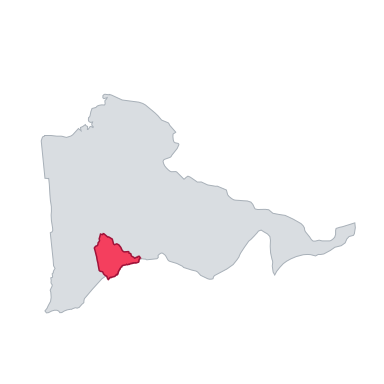 Kadei, Est, Cameroon shown in context, rotated 84°
{"feature_id": "32672807B29047919086815", "entity_name": "Kadei", "entity_type": "district", "adm_level": 2, "iso_a3": "CMR", "parent_name": "Cameroon", "parent_adm1": "Est", "projection": "orthographic", "projection_center": [14.712, 4.477], "detail": "fine", "context": "in_parent", "style": "filled", "palette": "rose", "viewbox_px": 384, "rotation_deg": 84, "n_neighbors": 0, "source": "geoboundaries", "source_scale": "gbopen_adm2", "svg_char_len": 6718}
<svg xmlns="http://www.w3.org/2000/svg" viewBox="0 0 384 384"><g transform="rotate(84 192 192)"><path d="M86.3,264.1L87.2,261.9L93.2,251.8L97.1,235.5L98.8,231.7L100.6,229.2L109.4,220.6L112.6,217.9L117.3,214.7L120.7,208.4L121.8,207.7L123.3,207.2L130.8,201.9L131.5,202.9L132.0,204.2L132.5,204.8L134.9,205.2L138.2,205.2L140.2,204.8L141.2,203.8L142.2,200.8L142.8,200.2L143.6,200.1L147.2,202.2L153.2,208.1L154.7,209.2L155.3,210.3L156.6,215.7L157.3,217.0L158.6,217.6L161.0,217.2L163.4,216.3L165.5,214.9L167.6,213.2L169.1,211.6L169.7,210.4L170.0,206.0L170.5,205.1L178.4,198.7L178.2,198.1L176.9,196.4L175.8,194.4L176.9,192.4L178.2,190.8L182.7,185.6L183.0,181.7L186.6,175.7L188.8,167.8L188.8,166.3L193.6,157.6L198.5,156.8L200.4,155.6L202.6,153.4L204.1,151.4L204.7,149.5L205.3,145.8L206.1,141.6L206.7,137.9L208.2,134.5L210.7,132.8L215.0,131.3L215.6,130.7L216.3,128.4L216.9,120.9L217.7,117.5L221.6,113.8L223.4,107.9L225.0,101.8L229.5,94.3L234.8,86.9L237.3,84.9L239.4,84.0L241.7,83.9L243.3,83.4L249.0,79.7L251.4,78.5L253.1,77.2L253.6,76.1L253.7,74.4L253.2,70.6L254.2,67.8L254.7,63.5L255.0,60.1L254.8,58.9L253.7,57.0L252.0,54.9L249.2,53.6L245.3,53.2L243.3,52.5L242.5,48.6L242.3,46.2L239.7,33.3L244.6,33.3L250.5,34.9L252.0,36.0L252.7,40.4L254.9,42.9L258.6,45.0L261.0,49.2L261.9,55.7L264.0,59.5L264.4,60.1L267.4,67.4L267.6,70.7L267.3,73.0L268.5,75.8L266.7,80.6L266.2,83.5L266.0,87.7L267.1,95.0L268.8,100.6L270.7,105.1L272.8,108.7L276.2,112.6L279.8,116.1L283.2,118.4L280.1,119.7L274.0,119.9L270.5,119.1L268.9,119.1L267.2,119.5L260.7,120.2L254.2,119.9L248.1,119.0L244.4,119.2L241.6,121.3L239.2,124.6L237.1,127.2L237.8,130.0L239.5,131.6L242.6,135.1L245.4,138.5L246.8,140.7L252.5,145.7L257.9,150.1L260.5,151.7L261.4,152.0L264.4,154.6L268.5,158.7L272.2,165.3L277.5,178.4L278.7,179.5L280.5,180.2L280.7,181.6L280.6,183.6L280.0,185.3L275.8,192.1L272.1,194.8L271.0,196.4L269.6,200.4L266.2,208.2L264.8,209.3L261.5,214.5L258.7,221.2L258.1,222.2L257.0,223.1L253.1,224.7L251.8,225.5L249.8,227.6L249.5,229.0L250.4,230.9L251.5,232.4L253.6,232.4L254.7,233.8L254.7,244.1L253.7,245.7L253.8,246.4L253.3,248.2L253.2,250.2L253.5,250.9L254.2,251.6L255.3,253.0L255.9,256.1L257.2,267.3L257.8,269.1L258.9,270.3L262.4,272.7L266.0,275.9L267.1,277.9L267.8,281.3L269.1,284.0L269.1,284.9L268.5,285.2L266.3,285.4L267.1,287.4L268.9,290.7L278.1,301.0L286.9,310.2L289.0,310.9L290.6,311.1L291.2,311.7L292.0,313.0L295.0,316.3L295.5,318.3L294.9,320.1L295.6,323.0L296.1,324.0L295.9,325.0L296.2,328.5L297.0,331.5L298.3,334.1L298.2,336.0L296.5,337.0L295.5,338.7L295.2,341.1L295.7,344.0L297.0,347.4L297.0,349.4L294.9,350.7L292.6,348.4L289.9,346.8L286.0,344.1L282.1,343.1L277.0,342.9L274.8,343.3L271.0,341.0L269.8,340.7L268.1,341.6L267.0,341.7L265.5,341.3L262.6,341.4L262.3,339.8L261.8,339.5L258.7,339.6L257.8,338.3L257.3,338.4L256.1,338.0L253.6,336.2L250.9,337.4L245.4,337.2L217.7,337.2L217.1,335.4L215.7,334.5L213.2,334.4L205.8,334.8L200.2,334.5L196.4,333.8L191.7,333.4L185.9,333.7L180.0,333.6L169.4,333.1L163.5,333.1L163.6,334.2L163.3,335.0L163.0,336.8L125.4,336.6L122.4,335.3L121.4,334.5L121.1,333.0L120.4,332.8L121.1,326.2L122.3,320.8L122.9,315.7L124.6,311.2L123.7,306.7L122.7,304.7L117.0,298.3L119.6,295.9L116.2,296.2L115.5,293.9L113.8,291.0L114.9,290.6L115.9,289.0L118.9,289.5L118.9,288.8L116.2,286.4L116.5,285.2L117.6,283.8L117.0,283.3L115.1,284.6L113.7,284.6L112.7,283.7L111.9,283.5L112.3,285.4L111.3,287.0L110.2,287.5L108.5,287.4L107.1,287.0L106.7,286.1L105.4,285.4L101.6,284.2L98.5,282.7L97.9,278.8L96.6,277.2L96.1,275.3L95.9,273.1L96.3,269.8L95.5,269.3L94.6,269.1L93.2,269.2L92.0,269.0L90.5,267.2L89.2,266.5L90.0,269.8L89.0,270.8L86.8,270.5L85.8,269.2L85.7,268.3L86.7,264.2L86.3,264.1Z" fill="#d9dde1" stroke="#a8b0b8" stroke-width="1"/><path d="M267.2,285.5L267.3,285.5L267.6,285.4L268.0,285.3L268.2,285.2L268.4,285.2L268.7,285.1L269.4,285.0L269.6,284.7L269.8,284.7L270.1,284.6L270.3,284.5L270.4,284.4L270.3,284.2L270.2,284.0L269.8,284.0L269.6,284.1L269.4,283.7L269.2,283.4L269.2,283.1L269.0,282.9L268.9,282.9L268.8,282.7L268.6,282.7L268.3,282.1L268.3,281.9L268.5,281.7L268.4,281.6L268.5,281.4L268.4,281.2L268.5,281.1L268.4,281.0L268.3,280.9L268.3,280.6L268.2,280.3L268.2,280.1L268.3,279.9L268.2,279.7L268.0,279.3L268.1,279.2L268.1,278.8L268.1,278.7L268.0,278.4L268.0,278.2L267.9,277.7L267.7,277.3L267.4,277.1L267.2,276.9L267.1,276.6L266.9,276.3L266.7,276.1L266.7,275.9L266.6,275.7L266.4,275.8L266.2,275.8L266.2,275.7L266.2,275.4L266.0,275.1L265.9,275.0L266.0,274.9L265.9,274.5L265.7,274.3L265.8,274.3L265.7,274.2L265.3,274.2L265.0,274.1L264.9,273.9L264.5,273.7L264.2,273.7L264.2,273.8L263.9,273.8L263.8,273.7L263.7,273.5L263.5,273.4L263.4,273.4L263.3,273.2L263.0,273.1L262.7,272.9L262.4,272.9L262.2,272.8L262.1,272.5L261.8,272.2L261.7,272.1L261.4,272.0L261.3,271.7L261.1,271.7L260.8,271.6L260.7,271.6L260.6,271.4L260.4,271.3L260.2,271.2L259.9,270.8L259.5,270.5L259.4,270.4L259.3,270.2L259.2,270.1L259.0,269.9L259.0,269.7L258.6,269.7L258.3,269.1L258.2,269.1L257.9,268.9L257.9,268.6L257.9,268.3L257.7,268.1L257.7,267.5L257.6,267.1L257.7,266.8L257.7,266.4L257.6,266.2L257.6,265.6L257.5,265.2L257.4,265.0L257.3,264.9L257.1,264.7L257.3,264.5L257.4,264.4L257.4,264.2L257.5,264.1L257.6,263.9L257.5,263.7L257.4,262.6L257.2,262.4L257.3,262.2L257.2,262.0L257.4,261.9L257.4,261.7L257.2,261.3L257.1,261.2L257.0,260.7L256.8,260.2L256.6,260.1L256.6,259.8L256.8,259.7L256.7,259.5L256.9,259.1L256.8,258.8L256.6,258.6L256.5,258.4L256.4,258.3L256.4,258.1L256.5,258.0L256.4,257.8L256.4,257.7L256.5,257.7L256.7,257.4L256.5,256.7L256.6,256.4L256.4,256.1L256.4,255.7L256.7,255.5L256.8,255.4L256.7,254.7L256.3,253.0L256.2,252.8L256.2,252.6L255.8,252.4L255.8,252.2L255.6,252.1L255.3,252.1L255.1,252.0L255.0,251.9L254.8,251.9L254.7,252.0L254.4,251.9L254.2,251.9L253.9,251.7L253.6,251.7L253.4,251.5L253.2,251.3L253.2,251.2L252.9,251.1L252.3,250.6L252.2,250.2L251.5,250.7L250.9,250.8L250.4,251.2L250.4,252.3L251.2,253.1L251.0,254.1L251.6,255.0L251.8,256.1L251.0,256.6L250.4,257.4L249.4,258.8L248.9,259.1L247.3,259.2L246.7,259.7L246.3,261.0L245.2,261.0L244.7,261.3L244.6,261.6L244.6,262.9L244.5,265.5L244.1,266.4L242.9,267.5L239.6,268.6L236.9,270.3L235.7,272.2L236.3,274.6L235.7,275.3L234.7,275.6L233.6,275.7L231.8,276.0L230.5,276.2L228.3,279.1L228.1,279.4L227.9,279.9L228.0,280.5L224.4,283.9L224.1,284.7L224.9,285.2L225.0,285.8L224.7,286.5L224.3,287.4L227.0,288.4L228.8,289.2L230.5,289.0L231.3,289.3L232.0,290.0L232.5,290.6L234.1,291.0L235.0,291.4L235.6,292.2L235.7,293.1L236.2,293.9L237.5,295.0L240.4,294.5L244.7,293.9L246.4,293.6L249.0,293.5L250.8,293.3L252.7,293.0L255.2,292.9L260.2,292.5L260.8,292.1L261.4,291.2L261.8,289.7L262.1,289.2L262.9,288.9L264.0,288.6L265.2,287.7L266.1,286.8L266.2,286.6L266.9,285.5L267.2,285.5Z" fill="#f43f5e" stroke="#9f1239" stroke-width="1.5"/></g></svg>